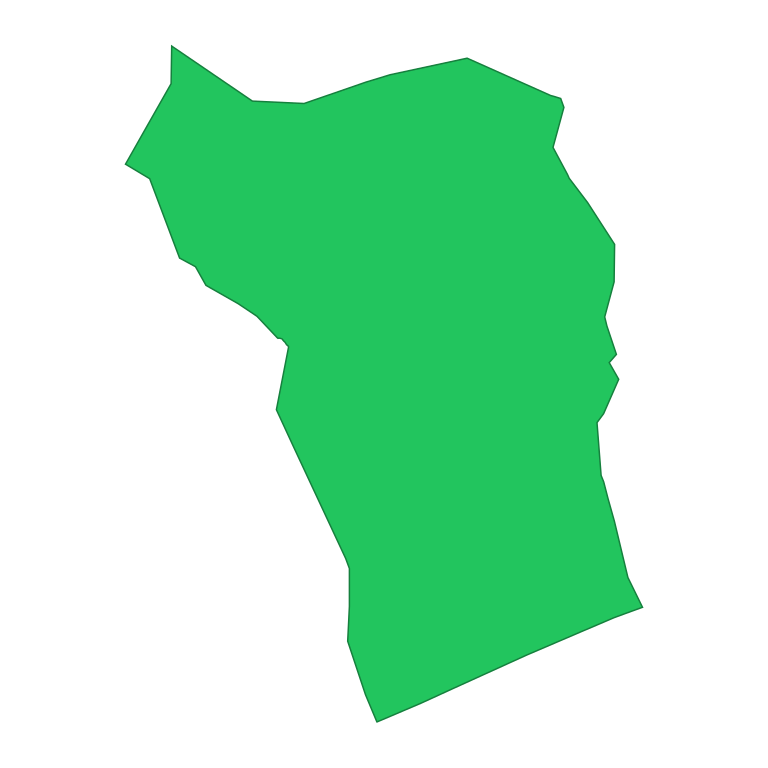 the district of Bayan-Ovoo, Ömnögovi, Mongolia
{"feature_id": "93677404B57634544565509", "entity_name": "Bayan-Ovoo", "entity_type": "district", "adm_level": 2, "iso_a3": "MNG", "parent_name": "Mongolia", "parent_adm1": "Ömnögovi", "projection": "natural_earth1", "projection_center": [106.036, 42.75], "detail": "fine", "context": "isolated", "style": "filled", "palette": "green", "viewbox_px": 768, "rotation_deg": 0, "n_neighbors": 0, "source": "geoboundaries", "source_scale": "gbopen_adm2", "svg_char_len": 1321}
<svg xmlns="http://www.w3.org/2000/svg" viewBox="0 0 768 768"><path d="M550.6,95.5L467.1,58.2L390.3,74.7L366.0,82.1L304.1,103.5L252.4,101.1L171.7,46.1L171.1,83.7L143.3,132.7L125.5,164.2L149.7,178.7L179.6,258.1L195.5,266.7L206.0,285.4L238.2,303.7L257.0,316.3L277.2,337.7L278.0,338.3L278.7,338.2L279.2,338.2L279.7,338.2L280.2,338.3L280.4,338.4L281.2,338.6L281.8,338.8L282.3,339.2L282.7,339.6L282.8,340.0L283.1,340.3L283.3,340.5L283.7,341.0L284.2,341.5L284.7,341.9L285.2,342.5L285.5,343.0L285.8,343.4L286.0,343.8L286.1,344.0L286.4,344.4L286.5,344.6L286.6,344.8L286.9,344.9L287.1,345.1L287.3,345.3L287.7,345.5L288.0,345.8L288.2,346.1L288.3,346.6L288.6,346.9L276.4,409.7L293.5,446.7L345.7,558.5L349.4,568.5L349.4,606.4L347.7,641.2L365.5,694.7L376.9,721.9L377.1,721.9L403.4,710.7L421.2,703.1L452.2,688.9L481.9,675.4L508.1,663.5L526.8,655.0L556.0,642.5L581.4,631.6L597.4,624.8L604.9,621.6L609.8,619.5L614.0,617.7L625.4,613.5L627.3,612.8L628.0,612.6L630.9,611.5L641.9,607.5L642.5,607.3L627.9,577.5L614.4,521.3L608.0,498.5L603.7,481.9L601.1,475.4L597.0,422.6L603.6,413.7L618.7,379.3L609.2,362.6L616.4,354.4L606.9,326.0L604.7,316.9L614.1,281.9L614.6,244.4L587.7,202.7L569.2,178.3L567.5,174.5L553.0,147.4L563.9,107.4L560.7,98.5L558.8,97.9L554.3,96.5L553.6,96.3L550.6,95.5Z" fill="#22c55e" stroke="#15803d" stroke-width="1.5"/></svg>